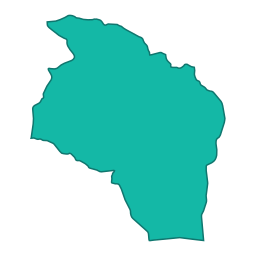 the Province of Govi-Altay
{"feature_id": "MNG-3319", "entity_name": "Govi-Altay", "entity_type": "Province", "adm_level": 1, "iso_a3": "MNG", "parent_name": "Mongolia", "parent_adm1": "", "projection": "robinson", "projection_center": [95.669, 45.25], "detail": "fine", "context": "isolated", "style": "filled", "palette": "teal", "viewbox_px": 256, "rotation_deg": 0, "n_neighbors": 0, "source": "natural_earth", "source_scale": "10m", "svg_char_len": 3243}
<svg xmlns="http://www.w3.org/2000/svg" viewBox="0 0 256 256"><path d="M38.0,139.3L37.1,139.2L34.3,138.1L33.4,138.0L31.1,138.2L31.2,137.9L33.2,123.9L33.5,118.6L32.7,108.8L33.0,107.3L33.7,106.3L34.6,105.5L38.8,103.3L39.6,102.7L40.4,101.8L41.7,99.3L42.1,98.7L43.1,98.2L43.6,97.5L43.6,96.7L43.3,94.4L43.4,93.6L46.9,86.2L51.1,79.9L51.6,78.6L51.8,77.2L51.6,75.8L51.0,74.4L48.8,70.6L48.4,69.8L48.3,68.8L48.8,68.4L49.6,68.4L50.4,68.6L54.2,68.9L55.2,68.8L57.2,68.2L61.1,65.0L64.3,63.3L71.6,60.5L73.1,59.5L74.0,58.3L74.4,57.5L74.4,55.8L73.2,53.6L70.0,49.6L68.0,46.4L67.3,44.7L67.0,43.1L67.0,41.9L67.1,40.7L66.8,39.8L66.3,39.1L63.9,38.1L59.0,35.4L51.6,29.6L49.0,27.5L47.6,25.8L47.4,25.0L47.3,24.3L47.2,21.9L55.8,21.1L60.2,19.6L64.9,17.5L68.2,15.6L69.3,15.4L70.5,15.4L72.4,15.7L73.9,16.3L74.8,16.7L75.9,17.6L76.3,17.8L76.7,17.9L79.2,18.2L83.3,19.4L88.0,19.8L92.1,19.7L92.7,19.6L94.0,19.2L94.3,19.1L95.4,19.2L96.5,19.1L99.5,19.9L100.6,20.4L101.2,21.0L102.0,21.9L102.6,22.8L103.1,23.6L103.5,24.1L103.9,24.5L104.5,25.0L105.7,25.1L107.2,24.4L108.2,24.0L117.2,24.5L118.7,25.4L119.9,25.9L121.1,26.3L121.4,26.4L123.6,28.2L126.0,29.7L138.9,36.7L139.9,37.1L140.4,37.2L141.6,37.8L142.3,38.5L142.8,39.1L143.6,41.3L144.5,43.0L146.6,45.2L147.3,46.3L148.0,49.4L148.8,51.3L149.4,52.2L149.7,54.9L150.9,54.9L160.1,52.5L161.4,52.6L162.6,53.3L165.6,54.6L166.0,57.4L166.3,58.6L166.9,60.0L168.0,61.4L170.5,63.8L170.8,64.5L170.7,66.1L170.9,66.7L171.1,67.1L172.8,67.4L176.7,67.4L177.0,67.5L177.5,67.7L178.4,68.1L178.7,68.2L179.2,68.2L180.1,68.1L180.6,68.0L181.9,67.3L183.7,65.9L184.0,65.5L184.5,64.8L184.7,64.6L184.9,64.5L185.6,64.3L187.1,64.3L188.8,65.3L191.4,66.7L194.3,67.3L194.7,70.4L194.4,74.0L194.5,75.1L194.8,76.1L195.1,77.1L196.0,79.1L196.3,79.7L196.8,80.2L198.4,81.0L199.2,81.4L199.8,82.3L200.5,84.4L201.2,85.2L204.4,87.1L205.4,88.0L206.7,89.7L207.5,90.2L208.3,90.5L210.1,91.1L211.2,91.2L212.2,91.5L212.8,91.8L214.1,93.1L221.0,101.4L222.0,103.3L222.7,105.9L224.9,118.4L224.7,120.2L224.3,122.5L220.4,134.9L219.3,136.9L218.8,137.4L217.4,138.4L216.9,138.9L216.4,139.8L216.1,140.8L216.0,142.4L216.0,143.8L216.8,149.7L216.7,154.3L216.6,155.6L216.0,157.7L215.4,159.1L214.6,160.3L214.1,160.9L213.3,161.6L211.6,162.8L207.0,165.0L206.4,165.6L206.2,166.6L206.2,170.6L207.6,182.1L207.7,183.4L206.1,195.8L206.5,199.8L206.5,201.2L206.2,202.6L203.5,210.9L201.7,214.4L201.5,215.6L201.5,217.0L203.6,240.5L191.6,239.1L179.7,237.6L166.6,238.9L153.6,240.1L150.1,240.6L149.6,240.5L149.3,240.5L149.0,239.7L148.5,234.1L148.3,233.1L147.9,232.1L147.0,231.1L132.9,218.5L131.7,217.0L131.0,215.3L130.6,213.5L130.5,211.4L130.2,209.8L125.1,199.8L121.4,189.1L119.4,185.1L118.5,184.2L117.2,183.8L115.3,183.8L111.9,182.9L111.6,182.5L111.6,181.4L111.9,178.8L111.7,176.6L111.7,176.2L111.9,175.7L112.4,174.8L112.6,173.6L113.1,172.8L114.2,171.6L114.5,170.7L113.8,170.4L101.4,171.8L99.9,171.6L96.7,170.0L90.1,168.2L89.2,167.8L88.7,167.3L88.3,166.5L87.8,165.8L85.3,163.7L80.7,161.1L79.6,160.6L77.3,160.6L76.3,160.3L75.7,159.6L74.8,157.6L74.1,156.8L71.2,153.9L70.7,153.6L70.1,153.4L69.5,153.3L67.9,154.0L66.3,154.0L63.3,153.6L61.6,153.1L59.7,151.2L54.0,144.0L53.1,143.3L47.2,140.6L43.5,140.4L42.7,140.2L41.3,139.4L40.6,139.1L39.8,139.0L38.0,139.3Z" fill="#14b8a6" stroke="#0f766e" stroke-width="1.5"/></svg>